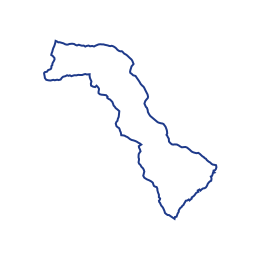 the district of Guaraçaí, São Paulo, Brazil, rotated 286°
{"feature_id": "56859067B61494615775920", "entity_name": "Guaraçaí", "entity_type": "district", "adm_level": 2, "iso_a3": "BRA", "parent_name": "Brazil", "parent_adm1": "São Paulo", "projection": "mercator", "projection_center": [-51.278, -21.071], "detail": "fine", "context": "isolated", "style": "outline", "palette": "blue", "viewbox_px": 256, "rotation_deg": 286, "n_neighbors": 0, "source": "geoboundaries", "source_scale": "gbopen_adm2", "svg_char_len": 4229}
<svg xmlns="http://www.w3.org/2000/svg" viewBox="0 0 256 256"><g transform="rotate(286 128 128)"><path d="M151.8,36.1L151.9,38.3L152.3,40.5L153.0,41.7L153.7,42.9L153.7,44.4L154.3,45.5L154.9,46.6L154.9,48.0L156.0,49.9L157.9,50.5L159.4,51.5L160.6,53.6L161.9,54.9L161.8,56.5L162.6,57.6L162.2,59.3L162.9,60.3L163.9,61.8L164.4,63.9L165.4,65.6L165.7,67.2L166.3,69.3L167.1,70.4L168.1,72.0L168.1,73.7L169.1,76.3L167.8,76.6L165.8,77.5L164.6,78.4L162.7,80.0L160.3,80.1L158.6,80.8L158.1,83.1L158.3,85.1L160.0,86.1L159.0,87.8L158.0,89.1L156.9,89.5L154.5,89.7L153.4,90.1L152.7,91.6L152.7,93.2L153.1,95.3L153.3,96.6L153.5,97.9L152.5,99.7L151.3,99.7L150.6,101.3L150.4,102.9L149.6,104.3L148.7,105.8L147.1,107.0L145.6,108.0L144.8,109.4L143.7,110.7L143.0,112.5L142.4,113.8L141.8,115.0L140.1,115.3L137.9,115.7L136.0,116.0L134.0,115.7L132.1,115.9L130.7,115.2L128.9,115.0L127.4,115.9L126.5,116.5L125.8,118.1L125.5,119.3L124.5,120.3L123.2,121.0L121.9,122.2L120.3,123.0L119.2,123.5L119.5,125.0L119.7,126.7L119.3,128.3L119.1,130.0L118.5,131.5L117.9,132.9L117.5,134.8L117.6,136.6L117.5,138.7L117.2,140.5L116.7,142.0L116.4,143.7L115.7,145.3L114.6,144.3L113.5,143.4L112.2,144.0L110.7,145.4L109.0,146.5L107.5,145.9L105.8,145.5L103.9,145.9L102.5,146.3L101.3,147.1L99.9,147.4L98.0,147.6L96.8,148.4L95.9,150.1L94.4,151.6L93.4,153.5L92.3,154.6L90.6,155.7L89.2,155.7L87.9,155.8L86.3,155.8L84.7,157.4L84.3,158.7L83.8,160.5L83.6,162.6L83.1,164.9L82.3,166.9L81.2,167.6L79.5,168.8L79.1,170.3L79.1,171.8L77.8,172.9L76.3,173.4L74.3,174.6L72.4,176.1L69.9,176.8L69.1,178.3L67.9,178.4L66.6,177.8L65.4,178.5L64.7,179.6L63.7,180.3L62.5,181.4L61.8,182.6L60.8,183.8L59.5,184.9L58.0,186.1L56.6,186.9L55.9,188.3L55.3,190.0L55.6,191.5L54.9,193.5L53.5,197.8L55.4,197.7L56.1,199.1L57.4,199.2L59.4,199.3L61.5,199.9L62.6,199.5L64.3,199.9L65.7,200.4L66.6,201.2L68.2,201.7L69.2,202.5L71.2,202.9L72.6,203.3L74.0,203.6L74.7,205.0L76.0,206.1L75.3,207.1L76.6,207.9L77.7,208.7L78.8,208.4L80.6,209.9L82.2,210.7L84.0,211.2L85.2,212.2L86.0,213.2L87.2,212.3L88.6,213.7L87.8,214.9L89.4,215.8L90.6,216.8L91.2,218.2L92.4,219.3L94.4,219.9L96.1,220.0L97.8,220.6L99.2,221.4L100.2,222.5L102.0,222.3L103.1,221.9L104.2,221.0L105.0,221.9L106.4,222.1L108.1,222.0L109.0,223.3L109.5,222.1L110.7,222.0L111.4,223.3L112.8,223.8L114.7,223.8L116.5,222.9L116.4,221.0L116.2,219.6L116.5,218.3L117.5,216.5L117.9,214.8L118.9,212.6L119.9,211.4L120.2,209.9L121.0,208.7L121.2,207.5L121.8,206.3L122.8,204.4L123.5,202.5L122.7,200.9L122.6,199.5L122.6,197.7L122.8,196.1L123.3,194.9L124.2,193.2L124.7,191.9L125.4,190.4L125.6,188.5L124.9,186.6L124.3,185.1L124.6,183.4L125.2,181.6L125.6,179.6L125.1,177.4L124.5,176.0L124.4,174.6L125.1,173.0L126.2,171.2L127.7,170.6L129.1,170.1L130.0,169.0L131.3,167.9L132.0,166.9L133.5,167.2L135.1,166.6L136.6,165.9L138.0,164.9L139.6,163.7L140.8,162.1L141.6,161.1L141.8,159.9L141.6,158.2L141.6,156.0L141.8,154.8L145.7,146.1L146.6,145.0L147.5,144.0L148.9,142.7L150.6,142.0L152.5,140.7L153.3,139.3L155.0,137.9L155.9,137.1L157.3,137.1L158.7,137.2L160.5,137.9L162.1,138.7L163.5,138.7L164.6,138.1L165.7,137.5L166.6,136.6L167.9,135.4L169.5,133.9L170.7,132.9L172.0,131.5L172.6,130.1L173.8,128.1L175.8,126.1L178.9,122.3L180.1,120.9L180.1,118.4L181.1,116.5L181.5,115.2L182.5,114.5L184.5,114.3L186.3,114.4L188.2,114.4L190.1,115.3L191.1,115.7L192.2,114.8L193.2,114.1L194.1,113.3L194.9,112.3L195.6,110.8L196.6,108.9L197.2,107.8L197.9,106.3L198.5,103.7L199.5,102.2L200.1,100.9L199.6,99.6L199.7,97.8L200.4,96.0L201.2,94.9L201.8,93.6L202.2,92.4L202.5,90.9L202.5,89.6L201.9,88.6L201.7,87.3L201.8,85.8L201.7,84.3L201.6,83.0L201.6,81.4L201.2,80.0L200.9,78.3L200.2,76.6L198.9,75.0L198.1,74.0L197.0,72.9L197.0,71.0L196.1,69.0L196.4,67.4L195.4,65.5L194.5,64.5L195.0,62.8L194.4,60.8L194.4,59.5L194.5,57.8L193.3,56.2L193.4,54.7L193.9,53.0L193.6,51.0L192.6,48.5L191.6,47.2L191.2,45.9L191.2,44.4L191.6,42.7L191.6,40.9L191.6,38.6L191.1,37.4L191.6,35.9L191.8,34.4L190.1,34.6L187.9,34.6L186.0,34.5L184.6,34.2L182.3,34.1L180.7,34.2L178.5,34.0L177.0,34.1L176.5,35.8L175.0,38.0L173.6,38.5L171.8,38.2L170.1,37.7L168.8,37.6L167.6,37.9L166.4,37.3L164.9,37.7L163.8,37.7L162.8,36.9L161.7,35.3L159.8,34.6L158.7,32.6L157.6,32.2L155.9,33.0L154.8,33.6L153.2,34.3L151.8,36.1Z" fill="none" stroke="#1e3a8a" stroke-width="2"/></g></svg>